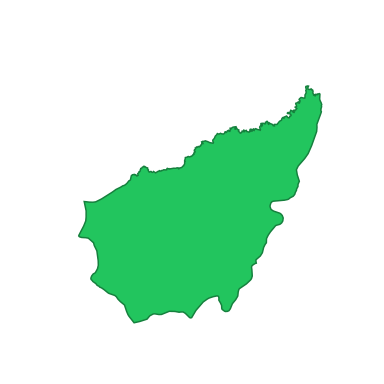 Na Khu, Kalasin, Thailand (Albers equal-area conic projection), rotated 203°
{"feature_id": "78962969B7237235401003", "entity_name": "Na Khu", "entity_type": "district", "adm_level": 2, "iso_a3": "THA", "parent_name": "Thailand", "parent_adm1": "Kalasin", "projection": "albers", "projection_center": [104.002, 16.745], "detail": "fine", "context": "isolated", "style": "filled", "palette": "green", "viewbox_px": 384, "rotation_deg": 203, "n_neighbors": 0, "source": "geoboundaries", "source_scale": "gbopen_adm2", "svg_char_len": 6099}
<svg xmlns="http://www.w3.org/2000/svg" viewBox="0 0 384 384"><g transform="rotate(203 192 192)"><path d="M256.6,100.7L251.5,92.1L249.6,87.9L249.0,84.4L249.4,80.3L249.8,79.3L250.9,78.0L251.5,75.7L251.5,73.8L251.2,72.7L250.6,72.0L249.4,71.6L248.3,70.9L244.7,70.1L242.8,69.0L240.7,68.9L239.9,68.4L237.9,68.4L234.9,67.8L230.1,66.4L228.9,66.2L222.7,66.6L220.8,66.1L218.2,64.4L215.1,63.1L210.0,61.6L205.5,56.5L202.9,54.0L201.3,52.9L194.2,49.0L189.5,52.4L183.7,57.4L182.5,61.5L180.1,64.5L178.7,65.3L174.5,66.3L172.2,67.4L166.3,73.3L161.0,75.4L156.9,76.3L155.2,77.3L153.3,78.1L150.7,77.7L145.2,75.5L144.3,75.5L143.7,75.8L143.2,76.3L142.1,84.6L138.7,95.2L136.0,99.6L134.8,101.1L131.6,103.9L128.6,106.0L127.6,106.4L126.5,105.9L125.9,105.2L125.0,102.9L122.3,100.9L120.4,99.1L119.2,96.6L118.4,95.7L115.4,95.0L114.4,95.1L112.7,96.0L111.6,97.2L111.1,99.5L111.2,104.9L109.7,110.0L109.2,114.1L110.4,118.0L110.8,120.6L110.5,121.7L106.0,128.7L103.7,134.0L103.4,135.5L103.7,138.2L106.6,144.0L107.7,145.8L108.0,147.1L107.9,147.7L107.1,149.2L105.8,151.0L105.0,151.6L106.2,153.4L106.6,154.7L104.1,159.8L103.5,163.6L104.4,169.0L104.2,172.4L103.7,174.3L105.2,178.2L105.0,182.0L104.3,185.7L101.9,193.7L101.0,194.6L98.6,196.5L98.1,197.2L97.4,198.6L97.1,200.8L97.9,203.7L99.7,205.6L101.2,206.4L102.9,206.8L109.5,206.3L112.3,206.8L113.3,207.7L114.4,209.0L114.8,209.9L115.1,212.5L114.7,214.1L113.6,215.3L103.7,220.6L101.0,222.5L100.3,223.2L99.3,225.1L97.2,227.6L96.5,229.9L96.7,231.9L96.5,234.4L96.9,235.6L96.6,238.4L97.4,240.5L97.4,243.8L101.8,248.9L104.6,253.3L104.4,257.4L101.3,267.0L100.1,272.7L100.0,281.4L100.9,296.4L102.2,300.3L103.5,303.0L104.1,314.6L104.3,316.5L105.5,317.7L105.5,318.4L105.9,319.0L105.8,319.8L106.1,321.3L106.7,322.1L106.7,323.1L107.8,324.4L110.0,326.4L110.8,327.4L112.5,332.1L113.3,332.3L113.9,331.7L114.4,330.8L115.0,331.1L115.3,330.5L116.0,330.2L116.2,329.8L116.6,330.0L116.7,329.8L116.0,329.1L116.2,328.6L117.8,328.7L117.9,329.4L118.7,329.6L119.5,330.4L119.8,331.7L120.6,332.8L121.1,332.6L121.4,333.1L122.5,333.4L122.5,333.0L123.3,332.8L124.2,332.1L125.3,332.0L126.1,333.1L126.1,335.0L126.8,334.9L128.3,333.8L128.4,333.4L128.3,332.9L126.9,331.1L126.9,329.8L125.9,328.6L125.7,327.3L125.9,325.5L125.2,323.8L124.9,322.5L125.4,322.2L128.2,321.7L128.6,321.5L129.4,319.9L129.6,319.1L129.3,318.7L128.1,318.1L127.9,315.8L128.2,315.6L128.8,316.7L129.0,316.7L129.7,316.0L130.2,315.0L131.1,314.3L131.0,313.7L129.7,312.5L129.2,311.6L130.2,310.4L129.5,310.0L128.2,309.9L128.4,308.5L129.0,307.7L129.0,307.0L129.3,306.9L130.1,307.2L130.5,306.4L129.6,306.0L129.1,305.2L129.8,304.9L131.8,305.8L133.0,305.8L133.0,303.0L133.4,302.7L134.6,302.8L135.0,302.2L135.0,301.8L134.3,301.6L133.6,302.0L131.8,302.1L130.9,301.6L130.7,301.0L130.9,300.5L131.5,300.2L131.5,298.4L131.9,298.1L132.9,298.0L134.6,298.9L136.3,297.1L136.2,295.8L136.5,295.8L137.3,296.2L137.8,295.3L137.9,294.2L137.7,293.0L138.8,291.7L139.2,290.9L140.1,287.4L142.6,286.4L142.7,285.7L142.1,285.0L142.4,284.9L143.3,284.8L144.3,285.6L147.1,285.6L148.2,285.9L148.4,285.6L147.8,284.4L148.0,284.2L148.8,284.8L149.1,285.6L150.3,286.4L150.6,286.4L151.0,285.5L151.6,284.9L151.1,284.1L151.4,283.2L152.5,283.3L153.8,282.9L154.6,282.3L155.1,282.2L155.3,281.9L155.0,281.2L154.0,281.7L153.6,281.5L153.3,280.9L153.5,279.9L154.1,280.5L154.4,280.5L154.9,279.5L155.1,278.3L154.9,277.8L153.3,276.1L153.3,275.5L154.5,275.5L156.4,275.1L158.1,275.2L158.9,274.1L159.8,274.1L159.7,273.7L158.9,273.3L158.8,273.0L159.7,272.9L160.5,271.6L160.9,271.7L161.1,272.1L160.8,273.2L162.8,272.6L163.0,272.2L162.8,271.8L161.9,272.0L161.6,271.8L161.5,270.8L161.8,270.6L162.7,270.7L162.7,269.6L163.0,269.3L164.3,269.3L165.4,269.0L166.0,269.9L167.1,269.1L168.5,269.2L168.5,268.8L167.6,268.4L167.4,268.0L168.5,267.6L169.6,267.7L169.6,266.2L170.3,265.1L170.9,265.1L171.4,265.7L172.8,265.9L173.2,266.6L173.0,267.3L174.9,267.5L175.9,268.3L176.2,268.1L176.6,266.8L177.1,266.8L177.3,267.6L176.7,268.9L177.0,269.3L179.5,267.8L180.3,266.9L180.5,265.9L181.8,265.7L181.7,265.2L180.9,264.6L180.9,262.6L181.5,262.4L181.8,263.3L182.3,263.2L183.3,262.1L183.6,260.3L184.1,260.1L184.7,260.5L185.0,260.4L185.1,258.6L185.6,257.7L187.5,257.1L188.7,257.2L189.8,255.8L191.5,255.7L191.7,254.2L192.4,252.6L192.4,250.0L193.1,248.1L192.9,247.2L191.6,245.9L191.7,245.1L194.9,244.4L197.2,244.5L199.7,244.3L201.0,243.2L202.0,242.8L202.0,242.4L202.6,242.0L202.2,241.7L202.2,241.4L201.5,241.4L201.0,241.0L201.4,240.9L201.6,240.5L202.0,240.6L201.7,239.7L202.0,239.2L202.0,238.3L202.3,238.2L202.2,237.4L202.8,236.8L203.1,236.8L203.1,236.3L204.1,236.2L204.4,235.4L205.1,235.4L205.1,234.9L205.6,234.7L205.7,234.0L206.1,233.8L205.6,233.0L206.2,231.7L206.0,230.8L205.4,230.8L205.1,230.6L205.2,230.4L204.9,229.4L205.4,229.1L205.4,227.8L205.0,227.6L205.3,226.8L205.7,226.6L206.3,224.7L206.8,224.6L206.9,224.3L208.2,223.2L209.1,223.3L209.7,222.9L209.8,222.4L211.6,221.1L211.2,220.0L211.0,217.9L210.3,217.5L210.6,217.0L209.9,215.4L209.8,214.3L210.1,213.3L209.9,212.9L210.5,212.2L211.0,210.6L212.8,209.2L213.2,208.2L213.7,208.3L213.9,208.8L214.6,208.6L215.2,208.4L216.2,207.5L218.2,206.7L221.9,204.3L222.2,204.5L222.6,204.2L224.0,204.1L224.2,203.3L224.0,202.7L224.4,202.5L224.5,202.2L226.7,201.4L227.6,200.3L228.5,199.8L228.5,199.5L229.0,199.0L230.4,198.9L230.5,198.1L231.2,197.9L233.0,195.4L235.4,195.8L235.4,195.4L236.2,194.5L236.9,194.5L237.5,194.9L238.3,194.6L238.9,193.7L239.5,193.7L240.9,194.9L240.8,195.2L241.1,195.3L241.3,195.7L242.0,196.0L242.3,196.8L245.3,196.6L245.3,197.0L245.8,197.0L246.6,196.7L246.8,196.0L247.4,195.4L247.6,194.3L248.4,193.6L248.1,192.9L248.3,192.0L247.9,191.4L248.1,190.4L248.6,190.1L248.3,189.7L249.1,187.7L248.1,186.2L249.0,185.2L250.1,185.8L250.9,185.8L251.1,185.4L251.9,185.7L253.7,184.5L253.7,184.0L254.2,183.2L253.4,178.9L254.5,177.5L255.2,174.7L256.1,172.8L257.0,171.5L258.0,170.8L259.7,168.4L263.0,164.6L265.2,160.9L272.6,150.2L276.8,145.3L279.0,144.0L282.1,142.7L287.5,141.1L282.1,133.3L279.7,127.6L278.5,123.9L278.4,118.5L279.2,108.3L279.1,107.3L278.1,106.8L275.9,107.0L272.0,108.4L269.4,109.0L262.8,106.8L261.0,104.5L256.6,100.7Z" fill="#22c55e" stroke="#15803d" stroke-width="1.5"/></g></svg>